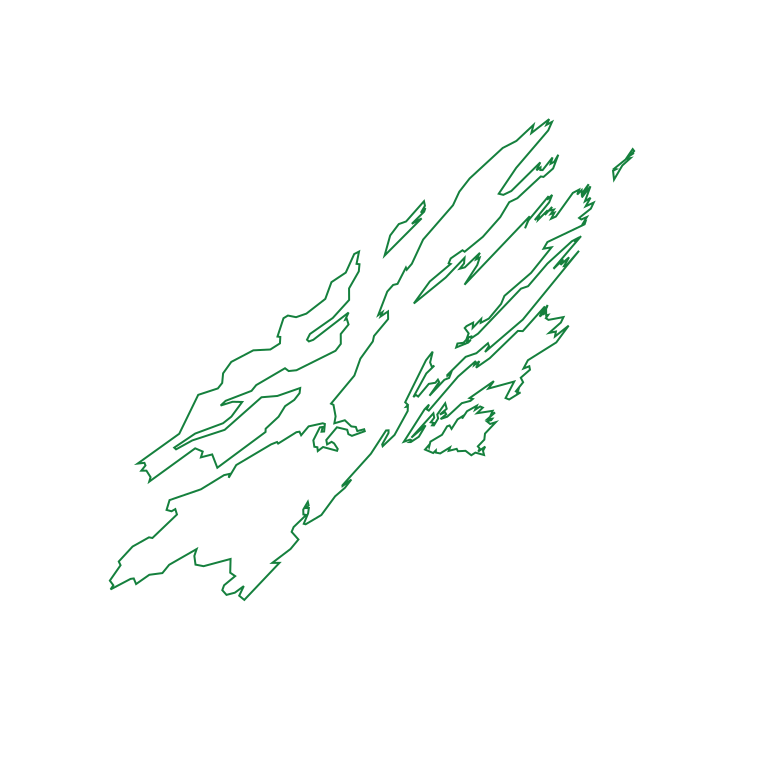 outline of Steigen nor, Nordland, Norway, rotated 140°
{"feature_id": "86288312B1701312811751", "entity_name": "Steigen nor", "entity_type": "district", "adm_level": 2, "iso_a3": "NOR", "parent_name": "Norway", "parent_adm1": "Nordland", "projection": "equal_earth", "projection_center": [15.214, 67.838], "detail": "fine", "context": "isolated", "style": "outline", "palette": "green", "viewbox_px": 768, "rotation_deg": 140, "n_neighbors": 0, "source": "geoboundaries", "source_scale": "gbopen_adm2", "svg_char_len": 6151}
<svg xmlns="http://www.w3.org/2000/svg" viewBox="0 0 768 768"><g transform="rotate(140 384 384)"><path d="M701.3,418.5L702.3,414.5L720.4,409.6L720.7,403.8L725.5,402.4L703.4,397.6L700.7,395.9L702.5,390.1L686.4,388.7L675.3,381.6L664.8,383.6L633.6,378.0L639.8,374.2L644.5,366.8L639.3,360.4L614.0,348.6L623.1,338.3L621.5,332.5L635.9,332.6L640.4,330.0L640.2,323.7L632.4,320.0L621.3,319.3L631.0,314.9L629.8,308.4L579.1,314.2L584.6,318.8L561.6,317.7L549.5,319.9L549.8,330.1L545.2,332.5L527.8,333.7L529.6,335.9L526.6,339.7L518.1,342.7L519.8,339.4L524.0,339.5L521.3,337.3L525.3,333.7L535.3,328.5L534.2,326.9L516.2,323.9L493.6,329.4L480.7,329.6L470.4,331.8L481.4,332.5L481.0,333.1L438.9,339.0L412.3,347.1L410.3,345.6L412.0,343.6L424.2,338.9L425.0,337.2L408.7,338.2L383.2,348.1L380.2,351.4L381.7,352.3L379.1,352.7L379.5,356.4L336.6,375.2L325.9,377.5L334.8,370.9L336.3,366.4L333.7,365.7L344.8,364.9L369.9,355.1L366.6,355.2L365.9,352.4L349.6,355.3L343.8,351.9L339.9,352.7L340.5,350.0L356.7,345.8L335.0,348.4L330.2,346.8L325.7,349.3L330.2,349.6L329.8,350.2L304.0,352.3L293.3,348.2L278.2,348.4L279.2,345.6L286.0,343.6L236.3,344.1L149.0,360.7L168.9,357.4L170.4,358.6L160.8,362.1L172.2,361.8L166.7,364.3L179.2,363.3L179.2,363.6L138.0,370.6L146.8,370.2L143.2,371.5L148.3,372.6L181.4,371.2L210.8,366.3L217.8,369.0L279.6,362.1L287.7,363.0L286.6,364.3L289.2,365.4L294.0,362.4L289.2,362.0L292.9,361.6L305.2,365.6L301.7,367.8L296.6,364.5L292.5,365.0L286.6,368.4L286.2,375.0L283.6,375.3L276.3,373.7L280.0,370.0L267.8,371.3L270.6,368.7L261.6,366.7L242.8,370.1L235.1,374.1L199.9,374.6L167.8,381.0L174.8,385.1L167.6,387.7L127.7,377.4L125.9,378.5L130.1,378.5L121.3,381.5L127.1,383.2L127.8,385.8L112.8,385.4L106.8,388.2L115.3,390.5L106.1,393.9L112.6,394.8L98.8,402.7L112.6,399.7L98.8,405.5L110.2,402.6L108.0,405.5L114.2,404.9L109.7,407.5L116.5,409.0L144.7,401.8L149.7,403.2L143.3,405.7L146.9,407.0L141.8,408.4L145.5,410.4L141.4,411.6L152.1,410.1L146.9,411.9L160.5,410.7L157.9,412.6L163.1,412.7L140.7,417.0L133.6,420.8L140.6,420.3L137.1,422.1L168.2,416.5L175.9,412.6L164.6,418.8L258.5,408.3L236.1,415.2L229.5,419.3L233.1,420.2L226.2,422.8L247.1,421.4L251.8,423.6L245.2,424.9L241.2,428.9L268.3,425.9L309.4,426.5L283.0,433.1L255.8,433.1L256.9,434.9L252.2,437.3L237.9,436.0L237.2,433.5L213.7,433.2L187.7,437.1L171.2,442.8L162.4,440.6L130.5,442.2L128.7,440.1L115.9,440.4L103.1,447.6L110.8,444.8L114.8,445.6L109.3,449.2L125.0,445.9L126.7,447.4L124.9,449.3L129.8,449.7L121.8,453.3L162.4,450.0L171.0,452.2L173.8,456.0L143.8,464.6L95.2,472.7L86.8,476.8L93.0,478.1L87.2,480.7L109.8,481.5L102.9,486.4L126.3,485.1L141.3,488.5L186.3,486.4L202.7,482.9L216.2,476.6L261.2,469.5L285.4,458.2L293.1,456.9L292.4,459.1L309.3,452.0L313.3,454.0L322.1,452.7L344.1,440.5L339.0,440.1L343.1,437.9L334.3,437.0L339.1,431.1L360.8,427.2L365.2,423.8L385.8,418.6L401.3,409.5L437.2,403.0L436.1,400.5L441.9,390.3L447.3,385.8L437.3,381.4L436.3,372.5L433.2,369.2L434.7,365.1L428.3,362.1L429.1,360.2L441.9,364.9L443.5,368.5L441.6,372.6L447.9,381.1L464.2,378.2L466.4,374.3L461.3,373.4L460.4,370.6L461.2,364.0L462.9,363.0L471.2,374.9L477.8,375.2L475.7,378.4L477.7,380.7L474.3,386.3L461.0,392.0L458.6,390.5L462.5,387.6L460.4,386.1L455.0,391.4L456.2,393.3L469.0,400.0L480.4,398.0L479.4,401.8L482.1,403.4L503.4,406.4L503.2,408.3L509.2,410.3L549.3,416.9L563.2,412.0L560.1,414.4L565.1,417.0L591.9,421.0L622.9,432.9L631.5,427.3L628.6,423.1L624.3,422.3L626.5,417.1L660.4,414.9L662.6,417.6L681.1,421.1L701.3,418.5ZM565.5,427.0L505.6,423.4L503.4,425.8L485.8,426.7L474.0,430.6L463.0,429.5L454.5,431.3L450.8,434.8L473.4,443.4L486.4,452.6L535.5,451.3L567.1,464.0L585.3,467.6L585.6,470.1L560.5,467.4L532.5,457.4L521.9,457.1L504.2,461.4L511.4,467.7L523.0,472.5L516.1,472.9L489.9,463.9L482.6,465.3L449.7,459.7L448.7,455.2L442.2,450.8L399.8,440.6L391.3,442.5L385.0,450.1L372.9,452.4L370.7,457.7L372.3,458.2L365.2,461.5L409.8,463.3L414.2,464.9L414.5,467.4L408.6,469.9L380.8,467.5L356.7,470.8L349.3,479.7L330.9,486.5L325.8,491.5L327.8,493.7L318.0,501.5L323.3,502.7L341.7,493.9L358.8,495.8L374.3,486.9L398.2,487.8L408.4,491.7L413.6,498.2L418.7,499.0L435.1,488.8L433.2,486.7L437.6,482.0L448.9,483.5L462.5,493.8L486.8,499.1L500.4,495.6L507.3,488.8L514.1,487.4L533.3,495.1L572.8,477.5L623.9,481.4L618.2,477.6L619.1,474.9L625.6,473.6L621.7,470.3L622.7,462.7L626.6,460.1L570.0,456.1L566.3,448.8L571.4,445.5L560.9,440.5L565.5,427.0ZM298.1,291.7L284.8,289.8L288.1,291.0L285.5,292.7L287.4,292.7L287.7,293.6L276.3,295.9L275.2,300.9L263.0,301.1L261.3,304.2L267.2,306.2L258.5,309.7L225.3,305.1L205.0,310.0L222.5,310.5L218.6,313.7L224.7,317.0L209.0,317.4L203.5,319.9L216.8,327.4L217.7,330.4L213.8,331.4L215.7,332.3L212.9,335.7L216.8,334.8L217.9,335.5L210.1,338.0L207.9,339.3L219.7,335.5L221.4,335.7L210.9,340.0L243.7,335.3L247.3,338.6L286.4,335.8L303.0,337.3L296.3,340.1L302.6,340.5L298.9,342.6L322.5,342.1L366.8,334.8L367.5,337.1L362.7,339.3L369.3,338.5L405.9,327.0L399.7,324.6L398.8,322.4L401.5,322.9L400.8,322.3L391.2,321.2L378.7,325.6L397.5,325.3L365.0,329.8L367.2,325.9L372.8,324.6L370.9,322.2L373.7,321.4L372.4,320.2L364.7,322.8L362.8,326.4L349.5,329.9L351.9,324.7L360.8,324.7L355.4,323.2L355.8,320.8L363.2,320.8L356.6,318.3L336.7,319.3L328.6,315.5L325.6,315.5L327.5,318.2L298.0,315.6L307.0,313.4L282.7,302.2L299.9,295.1L298.1,291.7ZM353.0,265.3L351.1,269.2L346.7,271.0L355.2,271.7L352.2,272.9L352.2,275.9L342.9,276.9L338.5,281.1L322.9,282.9L328.4,285.2L329.2,289.3L325.1,287.4L323.3,287.8L327.3,290.6L317.3,290.8L321.4,291.9L318.0,293.6L331.5,301.8L323.5,302.4L324.8,305.0L330.7,305.7L326.8,307.7L337.9,309.8L346.4,307.3L344.1,308.8L350.4,309.6L361.1,306.2L360.4,310.1L362.9,311.0L372.2,307.8L385.5,310.0L389.9,306.8L389.2,308.3L394.7,307.4L390.7,299.5L387.0,299.8L388.4,298.2L385.6,294.7L374.2,293.0L377.4,291.2L370.0,287.6L370.6,285.0L364.5,280.4L362.9,273.3L358.1,272.7L353.0,265.3ZM301.0,482.0L248.7,486.7L259.7,488.8L242.5,490.2L239.2,492.2L245.7,491.5L238.1,494.2L235.9,498.3L262.6,494.3L269.9,497.0L283.8,493.8L301.0,482.0ZM76.4,392.7L61.0,398.2L50.0,398.6L52.5,400.0L50.3,401.0L44.1,400.3L45.9,401.1L42.6,401.7L42.5,404.1L54.7,400.7L69.3,401.0L68.0,399.3L71.5,400.1L76.4,392.7Z" fill="none" stroke="#15803d" stroke-width="2"/></g></svg>